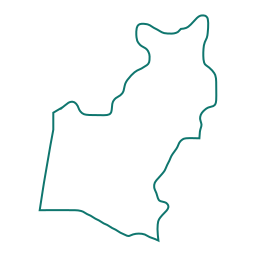 outline of El Llano, La Estrelleta, Dominican Republic
{"feature_id": "3306468B67891946517614", "entity_name": "El Llano", "entity_type": "district", "adm_level": 2, "iso_a3": "DOM", "parent_name": "Dominican Republic", "parent_adm1": "La Estrelleta", "projection": "robinson", "projection_center": [-71.647, 18.809], "detail": "fine", "context": "isolated", "style": "outline", "palette": "teal", "viewbox_px": 256, "rotation_deg": 0, "n_neighbors": 0, "source": "geoboundaries", "source_scale": "gbopen_adm2", "svg_char_len": 2655}
<svg xmlns="http://www.w3.org/2000/svg" viewBox="0 0 256 256"><path d="M53.3,112.7L53.3,129.7L50.5,144.8L44.0,182.5L43.0,188.8L39.7,210.2L57.5,210.1L74.9,210.2L78.1,210.4L81.2,211.0L83.1,211.7L87.1,214.1L90.6,215.7L95.4,218.7L98.9,220.4L103.7,223.4L107.3,225.0L112.1,228.0L115.6,229.7L120.4,232.7L126.9,235.7L128.5,236.0L129.3,235.9L133.1,234.4L135.9,233.8L138.8,233.6L141.9,233.8L144.8,234.5L149.7,237.1L155.2,239.1L158.4,240.6L157.8,234.8L157.5,229.1L157.7,224.6L158.2,221.4L159.0,219.4L160.2,217.6L162.2,215.2L166.5,210.7L167.6,209.2L168.3,207.5L168.4,206.5L168.2,205.6L167.9,204.8L167.4,204.1L166.2,202.9L164.6,202.2L160.6,201.2L159.8,200.8L159.1,200.3L158.6,199.6L157.8,197.9L156.4,193.2L154.9,189.8L154.3,188.0L154.2,187.0L154.2,184.9L154.8,182.8L155.3,181.9L156.5,180.2L162.1,173.9L163.5,172.2L164.7,170.5L165.6,168.6L167.2,164.9L169.4,160.6L170.6,157.7L171.5,155.8L172.7,153.9L176.5,148.6L177.5,146.8L179.1,143.1L179.6,142.3L180.8,140.8L182.3,139.6L183.1,139.1L184.0,138.7L186.0,138.3L190.0,138.1L199.4,138.3L199.9,131.7L200.3,129.7L201.3,126.3L201.5,124.6L201.2,123.1L200.5,120.7L200.1,118.9L200.2,116.9L200.8,114.8L201.8,113.0L203.2,111.3L204.7,109.9L206.3,108.6L208.1,107.6L209.0,107.3L213.2,106.1L214.6,105.1L215.2,104.3L215.6,103.4L215.9,102.4L216.2,100.2L216.3,95.6L216.2,82.1L216.0,78.5L215.5,76.2L215.2,75.0L214.2,73.1L212.2,70.5L209.2,67.6L206.2,65.4L204.9,64.2L204.1,62.5L203.5,59.4L203.3,55.9L203.3,52.4L203.5,48.8L203.9,45.4L204.8,42.2L206.8,37.8L207.4,35.4L207.7,33.0L208.1,28.0L208.2,23.1L208.0,20.8L207.7,18.7L207.3,17.7L206.6,16.8L205.8,16.1L205.0,15.7L203.2,15.4L201.4,15.5L200.4,15.7L198.6,16.6L196.9,18.0L190.8,24.5L188.3,26.7L186.4,27.8L185.5,28.1L183.6,28.6L180.9,28.9L178.4,31.5L177.7,32.1L175.9,32.9L173.9,33.4L171.8,33.6L167.5,33.5L164.2,33.1L162.2,32.4L160.5,31.5L157.3,29.6L153.8,27.8L149.9,25.3L148.0,24.5L146.9,24.2L143.8,23.8L141.7,23.8L139.7,24.2L138.8,24.7L138.0,25.4L137.4,26.3L136.7,28.2L136.3,31.5L136.3,34.9L136.5,37.3L137.2,40.7L138.2,42.6L140.0,44.8L141.5,46.0L145.5,48.3L146.9,49.5L148.0,51.0L148.9,53.0L149.3,54.2L149.6,56.5L149.5,60.0L149.1,62.2L148.2,63.9L146.8,65.2L141.5,68.5L137.2,70.5L134.5,72.3L131.2,75.4L127.5,79.8L126.3,81.6L125.3,83.6L124.7,85.7L123.6,90.7L123.2,91.7L122.3,93.3L120.3,95.3L115.7,98.2L114.4,99.5L113.3,101.1L112.9,101.9L112.3,103.9L111.7,109.9L111.3,111.8L111.0,112.6L110.4,113.4L109.7,114.1L108.8,114.5L107.0,115.0L103.9,115.2L89.3,115.0L86.1,114.7L84.0,114.2L82.2,113.2L81.5,112.6L80.2,111.2L79.2,109.6L77.7,106.0L76.2,103.8L74.8,102.6L73.9,102.1L72.1,101.7L70.2,102.0L68.5,102.7L64.7,105.6L61.6,108.1L61.6,107.8L53.3,112.7Z" fill="none" stroke="#0f766e" stroke-width="2"/></svg>